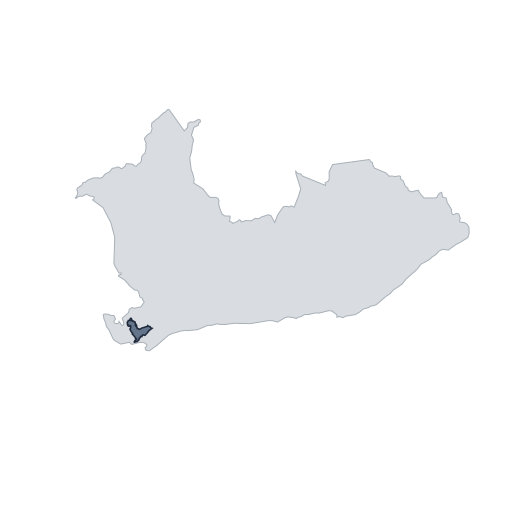 location of Piura, Piura, Peru, rotated 291°
{"feature_id": "86281439B64681536728505", "entity_name": "Piura", "entity_type": "district", "adm_level": 2, "iso_a3": "PER", "parent_name": "Peru", "parent_adm1": "Piura", "projection": "albers", "projection_center": [-80.324, -5.19], "detail": "fine", "context": "in_parent", "style": "filled", "palette": "slate", "viewbox_px": 512, "rotation_deg": 291, "n_neighbors": 0, "source": "geoboundaries", "source_scale": "gbopen_adm2", "svg_char_len": 7366}
<svg xmlns="http://www.w3.org/2000/svg" viewBox="0 0 512 512"><g transform="rotate(291 256 256)"><path d="M363.1,154.0L362.9,155.3L361.2,156.0L359.6,155.0L357.3,155.3L353.9,152.0L345.7,152.4L342.0,156.1L336.5,156.8L330.5,158.4L323.7,159.0L313.0,164.8L310.6,167.2L305.7,170.6L301.8,171.7L299.7,182.4L295.8,188.6L294.3,192.1L296.3,197.3L296.2,199.8L294.1,201.8L292.3,202.0L288.6,204.2L283.2,208.9L282.2,212.5L283.9,217.3L283.3,217.9L278.8,218.8L278.9,221.4L278.0,222.5L281.7,226.3L283.8,227.3L283.9,228.2L283.5,229.2L282.7,229.6L282.6,230.5L285.3,233.4L287.2,239.1L291.1,241.9L291.2,243.8L292.3,245.6L294.3,247.0L299.0,252.8L299.1,255.4L294.0,261.5L302.2,261.5L311.2,263.7L312.5,264.7L313.5,267.5L313.6,269.3L315.4,270.8L315.2,274.1L327.1,274.3L334.8,273.6L347.4,263.6L349.4,262.7L348.3,264.9L348.1,266.6L348.7,268.3L347.3,270.8L346.8,295.6L349.0,294.3L351.9,296.6L354.0,296.8L360.9,294.1L368.8,294.7L386.7,327.3L385.0,329.5L385.1,331.1L382.8,332.5L380.5,335.0L380.1,347.8L378.2,351.7L379.2,353.7L380.2,357.8L381.8,360.3L382.2,361.8L382.0,362.4L379.4,363.7L379.2,366.1L374.6,370.5L373.7,373.6L371.9,374.6L371.6,378.0L375.6,383.8L372.9,387.1L370.4,392.0L374.4,402.6L376.0,404.1L377.8,404.0L380.6,405.0L382.0,406.6L378.6,408.5L378.0,409.3L378.2,412.8L374.5,415.3L369.5,421.8L368.2,422.1L365.6,424.0L365.2,425.0L365.6,425.9L367.7,427.9L367.9,430.3L364.3,433.2L361.8,433.4L360.8,434.2L361.8,438.3L361.7,440.1L360.9,442.2L359.1,444.5L353.8,446.8L349.0,447.1L341.0,441.0L338.4,438.5L330.4,433.3L329.2,428.0L326.5,425.3L321.6,423.3L317.7,420.5L314.8,419.2L307.5,413.0L300.9,411.0L288.5,404.5L281.8,402.3L273.3,396.3L268.7,394.6L264.9,391.8L253.7,385.8L252.0,383.9L250.3,381.0L247.8,379.2L245.0,375.2L240.8,372.8L236.8,369.6L231.9,361.2L229.5,359.2L229.4,355.4L227.8,353.6L230.2,352.4L231.8,346.4L231.0,343.4L225.3,335.4L224.2,332.0L220.1,325.8L218.6,322.1L215.2,319.4L213.8,317.0L212.0,316.1L211.9,313.2L210.6,307.8L208.8,305.1L202.1,299.9L201.5,294.4L200.0,290.5L190.8,274.9L185.4,259.8L180.9,251.5L179.1,246.6L178.9,244.1L175.5,239.6L173.7,235.5L166.2,227.7L161.8,218.9L161.2,216.4L158.2,211.5L153.3,205.3L150.9,202.8L136.3,195.1L129.4,190.4L128.6,188.0L129.0,186.6L130.5,185.3L132.6,186.3L133.8,185.9L134.8,184.1L134.9,181.5L133.6,178.2L128.9,171.7L130.1,168.8L125.3,161.3L126.4,154.0L127.5,152.2L134.6,144.8L136.6,141.6L139.6,139.7L142.7,136.7L146.5,134.4L147.5,135.2L148.7,139.2L148.5,141.8L149.5,144.7L146.9,147.4L144.1,146.8L143.0,147.5L142.6,148.7L143.1,150.7L143.8,151.6L145.9,151.6L143.1,155.5L143.3,156.3L145.2,157.0L147.1,156.0L149.1,153.8L150.3,153.5L157.5,157.3L160.8,156.8L163.4,158.6L163.7,161.3L167.2,166.7L172.6,168.1L173.4,167.6L174.7,165.6L175.8,165.3L176.1,162.3L180.7,159.1L181.4,156.9L180.8,155.4L180.9,154.1L183.6,147.0L184.5,146.3L185.3,144.0L186.3,142.6L187.9,134.7L189.2,134.7L190.4,136.6L191.8,136.1L191.1,134.4L191.3,133.7L196.5,127.4L198.1,126.0L222.9,117.4L235.3,108.4L246.3,95.9L249.8,83.3L251.1,84.2L253.1,83.9L252.5,78.7L253.0,76.3L252.9,75.6L249.6,72.5L248.2,69.1L245.2,67.2L245.4,66.5L248.5,67.2L251.4,66.9L253.8,64.9L255.6,65.0L259.7,68.0L262.7,68.2L263.7,70.3L266.6,71.8L270.7,76.3L272.5,81.0L272.4,81.9L274.2,84.4L278.3,85.7L282.2,89.2L286.4,90.4L288.2,93.6L289.4,94.6L289.9,96.4L289.2,98.6L289.8,99.7L292.9,101.6L295.5,101.8L296.1,102.7L297.5,107.9L296.5,110.6L296.9,112.0L300.3,113.4L301.3,114.5L304.0,114.8L307.9,113.7L312.7,115.4L316.5,114.8L318.2,114.4L319.9,113.3L321.4,113.4L325.2,110.0L326.3,109.8L330.3,111.3L333.7,113.7L337.9,113.3L339.7,111.9L342.7,111.1L348.2,114.1L349.4,115.4L350.9,115.7L356.8,118.6L357.8,119.7L360.9,120.9L361.5,121.8L361.3,122.8L347.1,144.2L351.4,146.0L355.4,145.0L357.5,146.5L358.9,150.0L362.0,152.4L363.1,154.0Z" fill="#d9dde1" stroke="#a8b0b8" stroke-width="1"/><path d="M148.6,159.7L148.4,159.6L148.1,159.5L147.9,159.6L147.7,159.7L147.6,159.8L147.4,159.9L147.2,159.9L147.1,160.0L146.9,160.1L146.2,160.4L146.2,160.6L146.0,160.8L146.0,161.1L145.9,161.1L145.6,161.1L145.3,161.2L145.1,161.2L145.0,161.4L145.1,161.5L144.9,161.8L144.8,162.0L144.8,162.3L144.9,162.5L145.0,162.5L145.2,162.8L145.3,163.0L145.5,163.2L145.6,163.3L145.8,163.4L145.7,163.6L145.9,163.7L146.0,163.7L146.0,163.8L145.9,163.9L145.9,164.0L145.7,164.1L145.4,164.0L145.2,164.2L144.9,164.2L144.8,164.3L144.7,164.5L144.4,164.6L144.1,164.6L143.8,164.6L143.6,164.7L143.4,164.6L143.2,164.7L142.9,164.6L142.7,164.5L142.4,164.6L142.0,164.9L141.9,165.0L141.8,165.3L141.7,165.4L141.7,165.5L141.5,165.8L141.4,165.8L141.3,166.0L141.1,166.2L140.9,166.3L140.6,166.5L140.5,166.8L140.4,167.0L140.2,167.4L140.2,167.5L139.8,167.8L139.7,167.9L139.8,168.1L139.7,168.3L139.6,168.6L138.6,168.6L137.8,170.8L137.4,171.1L137.2,171.4L137.1,171.6L137.1,171.9L136.9,172.1L136.8,172.3L136.6,172.5L136.5,172.8L136.4,172.9L136.1,172.8L136.0,173.0L135.9,173.1L135.8,173.3L135.8,173.8L135.7,173.9L135.7,174.1L135.6,174.3L135.3,174.1L135.2,174.1L134.6,173.8L134.5,173.7L134.3,173.7L134.1,173.5L133.9,173.4L133.7,173.2L133.3,173.2L133.2,173.2L133.1,173.3L132.8,173.2L132.6,173.2L132.4,173.1L132.2,173.1L131.9,173.2L131.9,173.3L132.0,173.8L132.5,174.0L133.2,174.7L133.2,175.5L135.5,176.7L137.1,176.6L137.6,176.7L137.5,176.8L137.8,176.8L137.9,176.7L138.1,176.9L138.1,177.0L138.7,177.2L138.8,177.2L139.6,177.3L139.8,177.4L139.8,177.5L139.7,177.6L139.8,177.7L139.7,177.9L139.8,178.4L140.7,178.3L140.9,178.3L141.7,178.5L142.0,180.1L142.1,180.8L146.5,182.5L146.9,182.4L147.1,182.4L147.4,182.6L147.7,182.7L147.8,182.8L148.0,182.8L148.1,183.1L148.4,183.2L148.6,183.2L148.7,183.3L148.8,183.3L149.1,183.5L149.3,183.6L149.5,183.8L149.7,184.0L150.1,184.2L150.3,184.3L150.9,184.7L151.0,184.7L151.3,184.9L151.3,184.6L151.1,184.3L151.1,184.2L151.2,183.9L151.2,183.7L151.3,183.6L151.4,183.2L151.8,182.9L152.0,182.6L151.9,182.5L151.8,182.3L151.8,182.2L151.8,181.9L151.8,181.6L152.1,181.2L152.1,180.8L152.1,180.7L152.1,180.3L152.1,180.1L152.2,179.9L151.8,179.9L151.7,179.9L151.6,180.0L151.4,179.7L151.1,179.4L151.0,179.1L150.6,178.9L150.5,178.7L149.9,177.9L147.8,175.2L146.4,174.2L145.9,173.7L146.0,173.4L146.0,173.1L145.9,173.1L145.7,173.1L145.7,172.6L145.8,172.3L145.8,172.2L145.9,171.9L146.0,171.3L145.9,171.2L146.2,171.1L146.3,170.8L146.3,170.7L146.5,170.6L146.6,170.4L146.7,170.2L146.8,170.2L147.0,170.2L147.2,169.7L147.3,169.7L147.5,169.7L148.0,169.7L148.3,169.6L148.5,169.4L148.6,169.1L148.6,168.9L148.4,168.7L148.3,168.4L148.2,168.3L147.9,168.4L148.0,168.2L148.5,168.0L148.8,168.1L148.9,168.3L149.0,168.3L149.1,168.2L149.4,167.9L149.5,168.0L149.6,167.8L149.7,167.7L149.8,167.6L149.7,167.6L149.8,167.6L149.9,167.4L150.0,167.3L150.2,167.2L150.3,167.1L150.5,167.1L150.8,166.8L150.9,166.5L150.9,166.4L151.0,166.4L150.9,166.1L150.7,166.0L150.8,165.8L151.0,165.6L151.2,165.4L151.3,165.3L151.3,165.2L151.2,165.2L151.3,164.9L151.2,164.8L151.1,164.6L151.0,164.4L150.9,164.2L151.0,164.1L151.3,164.0L151.5,163.9L151.6,163.7L151.6,163.3L151.5,163.2L151.4,163.2L151.2,163.0L151.3,162.9L151.6,162.6L151.8,162.6L152.0,162.6L152.3,162.5L152.5,162.5L152.6,162.4L152.8,162.2L152.9,161.9L153.0,161.9L153.1,161.7L153.0,161.4L152.8,161.2L152.7,161.1L152.4,161.0L152.0,161.1L151.9,161.1L151.7,161.2L151.4,161.1L151.2,161.2L151.1,161.3L150.9,161.5L150.9,161.4L150.7,161.4L150.7,161.2L150.5,160.9L150.4,160.8L150.3,160.7L150.2,160.4L150.1,160.2L150.1,159.9L149.7,159.9L149.4,159.9L149.2,159.9L149.2,160.0L148.9,160.0L148.7,159.8L148.6,159.7Z" fill="#64748b" stroke="#1e293b" stroke-width="1.5"/></g></svg>